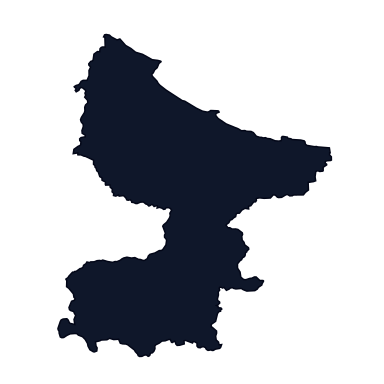 Nandayure, Guanacaste, Costa Rica, rotated 177°
{"feature_id": "36466004B45904534583509", "entity_name": "Nandayure", "entity_type": "district", "adm_level": 2, "iso_a3": "CRI", "parent_name": "Costa Rica", "parent_adm1": "Guanacaste", "projection": "mercator", "projection_center": [-85.275, 9.901], "detail": "fine", "context": "isolated", "style": "filled", "palette": "ink", "viewbox_px": 384, "rotation_deg": 177, "n_neighbors": 0, "source": "geoboundaries", "source_scale": "gbopen_adm2", "svg_char_len": 5969}
<svg xmlns="http://www.w3.org/2000/svg" viewBox="0 0 384 384"><g transform="rotate(177 192 192)"><path d="M320.9,83.1L320.5,80.9L319.3,79.9L316.4,78.8L315.7,76.7L314.6,75.0L316.5,70.9L316.0,65.8L321.1,67.4L322.4,70.7L323.6,72.0L327.4,71.9L329.3,71.1L330.2,69.8L333.0,62.8L332.9,61.5L331.9,59.5L332.1,58.2L331.1,54.1L329.6,53.3L327.7,53.4L324.3,55.4L321.1,56.7L316.1,56.8L314.1,56.4L313.1,55.1L308.9,53.2L306.4,50.4L304.3,46.3L303.9,43.5L302.2,39.8L298.9,37.6L297.8,37.4L295.4,38.2L294.9,41.3L295.9,43.2L296.2,47.4L291.8,48.2L290.4,48.9L284.6,48.9L282.0,50.2L277.9,48.7L273.0,48.8L271.5,44.7L269.0,43.9L266.3,43.7L264.3,42.9L257.7,37.2L257.0,35.6L254.8,33.0L254.3,31.4L253.0,30.5L250.6,30.5L248.1,31.6L246.1,31.7L244.4,30.2L243.4,30.5L242.7,31.1L242.1,32.7L241.4,33.3L239.9,33.5L238.3,35.1L237.2,37.4L237.2,40.1L236.3,41.2L232.6,42.8L229.9,44.7L226.5,44.8L223.1,45.9L221.4,45.9L220.4,43.1L219.7,42.7L217.1,43.9L216.4,42.6L216.1,41.0L214.9,39.6L212.4,39.6L207.7,40.7L207.8,43.9L206.1,44.1L199.4,41.2L198.8,42.5L197.1,42.3L194.9,40.8L195.1,37.9L194.0,36.4L191.9,36.0L190.4,36.8L188.5,36.9L186.7,35.9L185.9,34.1L184.3,33.0L181.2,33.3L180.2,32.7L178.9,32.7L176.9,33.8L172.5,34.4L171.5,35.4L170.4,38.1L172.9,37.9L173.4,40.8L175.6,43.0L175.9,46.9L174.8,49.8L174.8,51.9L179.0,56.0L179.8,56.0L179.8,58.7L175.2,61.6L172.9,69.2L171.6,71.0L169.7,71.5L169.7,72.8L168.5,73.3L168.5,73.9L169.2,74.7L171.8,75.0L172.0,76.5L173.4,77.4L172.3,77.7L170.1,79.7L170.3,80.9L172.0,82.3L172.2,83.9L171.0,87.7L171.0,90.9L169.5,92.6L169.9,94.3L169.5,95.3L168.1,95.4L166.4,94.5L165.0,95.1L162.8,92.0L160.0,93.1L158.6,94.2L156.4,94.3L155.6,93.6L153.3,92.9L147.8,93.1L146.0,91.8L142.5,90.2L134.4,90.2L131.9,91.6L130.6,93.4L127.2,95.4L126.7,96.9L125.3,99.0L125.3,99.6L125.8,99.9L128.9,100.1L132.4,103.8L134.2,103.9L136.7,102.8L138.8,102.7L142.8,101.6L145.0,101.9L147.7,104.4L148.2,109.6L150.3,113.2L150.5,114.3L150.3,117.9L147.5,121.0L146.1,121.7L145.0,123.7L143.6,124.3L142.4,125.5L141.7,128.7L140.5,129.3L140.3,130.1L138.3,131.9L138.5,133.4L142.1,136.5L142.7,139.1L144.4,141.3L144.6,145.3L143.7,146.9L143.9,148.6L148.1,152.2L150.3,152.8L153.9,152.9L156.0,154.3L158.0,154.4L159.7,157.0L159.4,157.7L156.8,159.4L155.4,161.9L153.6,162.4L151.8,164.0L149.7,165.1L149.0,167.8L147.9,168.4L145.7,168.4L143.2,171.3L140.0,172.9L136.3,172.1L136.3,174.8L134.0,175.2L130.9,178.9L129.3,178.8L128.8,179.1L128.1,180.3L128.3,181.9L127.6,182.3L124.7,182.6L120.3,181.9L114.0,181.9L111.0,184.9L108.9,184.5L107.1,182.4L105.7,181.9L102.7,182.0L98.2,184.4L96.5,184.4L94.6,183.0L92.0,183.0L90.8,183.7L80.9,183.3L78.8,185.7L75.6,187.9L75.5,195.5L70.2,196.0L67.9,196.7L68.3,200.7L67.3,205.9L66.2,206.5L64.9,206.5L63.3,205.8L60.3,206.0L59.9,206.4L59.7,209.8L56.1,212.0L56.1,212.7L57.6,214.0L57.1,215.5L55.9,216.1L51.8,216.2L51.1,216.6L51.0,219.9L52.7,221.8L52.5,224.0L52.0,224.0L52.5,228.9L64.4,230.5L65.1,230.9L67.5,230.9L75.0,232.6L76.3,234.0L76.6,236.3L77.3,237.2L80.7,238.2L89.5,239.2L90.4,240.0L93.4,240.6L93.9,241.8L97.9,242.7L99.0,242.7L99.8,241.8L99.8,239.9L100.3,238.6L102.6,238.3L106.4,238.8L111.2,241.1L114.1,241.5L115.7,242.4L118.3,242.3L119.5,242.9L121.5,243.1L124.8,244.3L127.6,248.1L129.9,249.4L134.3,249.8L136.0,250.6L139.5,250.6L142.2,252.5L154.3,258.2L162.0,264.0L164.1,266.8L164.2,268.5L163.8,269.3L160.8,270.3L161.0,271.2L161.7,271.7L169.0,272.4L171.1,271.2L172.6,271.0L177.3,272.2L183.3,275.5L194.5,283.1L197.0,283.8L212.5,295.1L218.5,300.3L220.1,302.3L221.2,304.6L225.2,309.3L225.9,310.6L225.9,311.7L224.4,313.1L222.9,315.9L220.3,317.9L218.3,322.1L216.1,323.7L216.4,324.3L219.2,325.2L224.8,326.2L234.2,332.1L241.0,334.5L245.6,338.6L250.6,341.8L256.0,348.6L258.9,347.8L264.4,351.1L266.2,353.0L269.5,353.8L271.1,353.5L272.2,351.5L270.9,351.0L271.1,341.3L273.9,341.5L275.1,341.1L276.3,340.0L276.8,336.9L279.1,337.2L282.7,334.8L283.8,329.2L284.5,328.2L286.3,327.7L288.4,325.4L288.3,324.0L286.9,322.4L286.9,321.6L288.5,318.8L288.7,313.6L290.7,309.5L291.2,309.0L294.9,309.2L296.9,308.3L298.6,305.8L299.7,305.0L302.1,304.5L304.1,303.4L303.9,302.8L302.4,301.6L302.7,300.1L303.3,299.7L302.4,298.1L299.6,299.5L298.8,301.2L297.5,302.2L295.9,301.8L293.1,299.2L292.8,297.9L293.6,296.7L293.7,295.7L293.0,294.5L294.2,292.3L291.6,289.2L291.3,286.6L293.8,284.4L294.7,282.2L294.7,278.8L295.3,276.9L298.6,272.2L299.5,270.1L299.0,267.9L297.1,265.2L297.2,262.8L298.7,259.1L298.6,256.4L295.6,254.3L295.7,252.7L299.9,252.2L301.4,251.0L301.4,249.1L300.9,248.9L300.3,247.8L300.7,245.1L301.3,244.4L303.5,243.5L307.7,240.8L308.6,236.5L304.1,237.0L304.0,235.1L300.9,234.9L297.9,233.4L296.6,233.2L288.6,228.9L288.9,224.8L287.4,223.3L287.6,222.1L286.5,220.7L286.0,218.2L284.6,217.0L283.3,212.2L281.2,210.8L281.2,208.4L278.0,206.6L277.8,205.6L278.2,204.6L277.9,203.4L273.6,203.3L273.4,201.0L271.4,199.1L271.8,196.3L270.2,194.7L270.6,192.6L268.4,191.9L265.4,192.9L265.0,191.7L260.6,192.0L258.4,189.6L257.5,187.5L256.1,187.1L254.0,187.5L252.9,186.1L252.7,184.9L250.5,184.4L249.0,183.5L247.5,183.3L243.9,184.6L241.0,184.5L238.7,182.4L237.4,182.0L235.9,180.3L235.1,180.4L233.0,181.6L232.1,181.5L230.6,179.5L228.3,180.2L227.3,180.0L227.7,177.8L225.5,178.4L223.0,177.5L221.2,176.1L219.8,176.3L218.5,177.7L215.9,177.5L214.5,176.7L213.3,174.9L215.2,172.0L215.0,169.3L215.9,167.2L218.9,163.1L222.1,160.7L223.0,159.4L220.7,152.1L221.7,150.4L221.8,148.3L220.0,145.8L220.0,144.7L220.8,140.5L224.4,135.8L225.8,135.2L227.8,135.2L232.3,133.0L237.2,132.0L238.9,130.5L240.1,127.8L242.9,126.2L244.4,126.2L247.0,127.3L249.1,127.6L252.5,129.5L255.9,129.2L260.4,130.3L263.6,129.7L265.6,128.8L267.2,127.6L270.6,126.4L272.5,126.6L274.9,125.9L279.9,127.0L284.7,128.7L286.4,128.1L287.8,128.5L290.4,128.4L293.4,127.4L296.9,127.5L298.1,126.9L300.6,127.6L301.7,125.9L304.1,124.5L304.8,122.5L306.6,121.5L307.8,121.4L311.8,118.8L313.2,118.8L314.7,118.0L315.5,118.2L319.7,114.1L320.0,113.2L322.5,111.6L321.7,109.9L322.2,104.0L320.1,102.3L315.8,96.5L315.4,93.0L314.2,91.6L315.2,90.0L318.0,89.2L320.9,83.1Z" fill="#0f172a" stroke="#020617" stroke-width="1.5"/></g></svg>